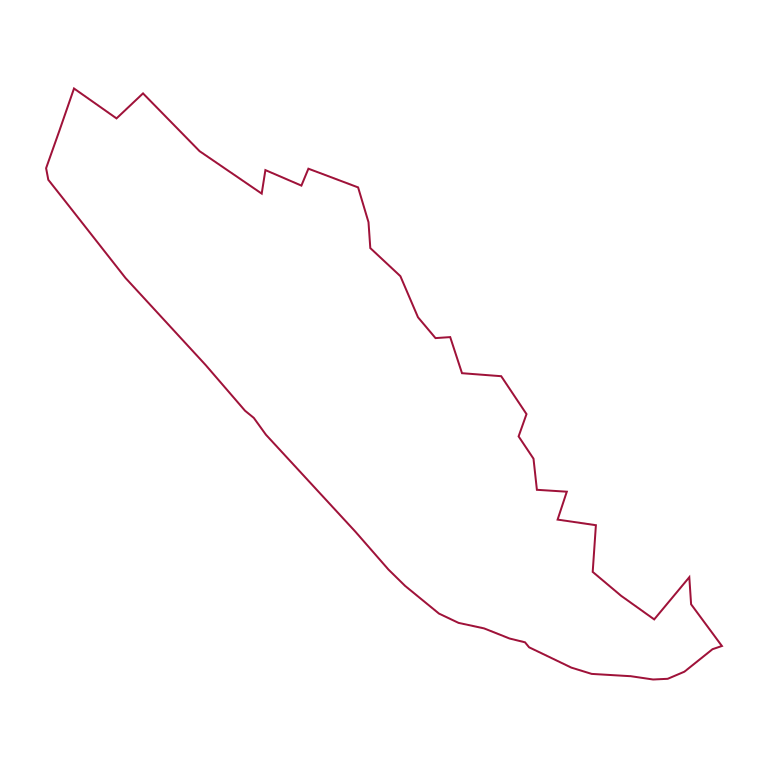 outline of Shumanay, Karakalpakstan, Uzbekistan
{"feature_id": "79887680B6584573429161", "entity_name": "Shumanay", "entity_type": "district", "adm_level": 2, "iso_a3": "UZB", "parent_name": "Uzbekistan", "parent_adm1": "Karakalpakstan", "projection": "mercator", "projection_center": [58.919, 42.669], "detail": "fine", "context": "isolated", "style": "outline", "palette": "rose", "viewbox_px": 768, "rotation_deg": 0, "n_neighbors": 0, "source": "geoboundaries", "source_scale": "gbopen_adm2", "svg_char_len": 803}
<svg xmlns="http://www.w3.org/2000/svg" viewBox="0 0 768 768"><path d="M48.3,179.8L64.1,199.8L125.5,278.0L205.6,365.0L245.0,410.7L253.8,417.9L265.9,434.7L355.4,531.7L388.4,569.5L405.1,585.9L439.0,613.6L458.6,622.9L484.1,628.4L509.5,638.5L525.0,642.3L529.1,647.3L571.3,667.6L591.7,673.9L628.9,676.1L630.1,676.1L653.1,679.5L667.7,678.8L684.4,671.7L712.5,649.2L721.9,646.0L691.1,604.3L689.3,577.2L654.2,619.4L621.1,595.8L592.7,571.9L595.9,525.2L557.6,519.6L566.8,491.7L536.9,489.8L533.5,458.7L518.6,436.4L526.5,414.1L501.2,376.2L462.0,373.2L450.2,337.1L435.5,338.1L418.0,317.3L400.4,276.2L370.3,248.1L368.5,222.2L358.1,187.4L308.4,168.7L301.4,185.6L265.4,170.1L261.7,193.6L199.6,151.2L143.0,93.4L116.5,118.4L74.0,88.5L59.5,130.4L46.1,168.2L48.3,179.8Z" fill="none" stroke="#9f1239" stroke-width="2"/></svg>